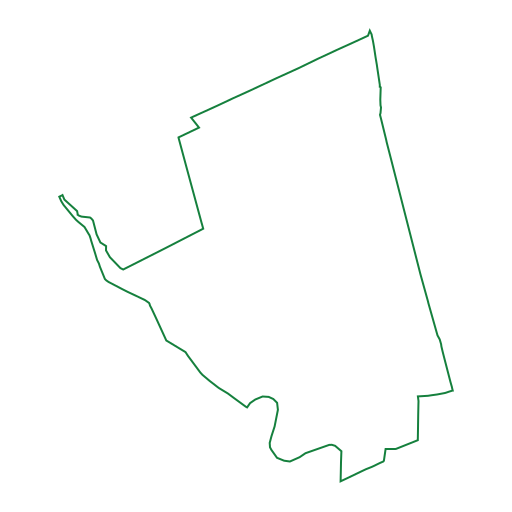 Robeasca, Buzau, Romania (Robinson projection)
{"feature_id": "2599482B80485604843100", "entity_name": "Robeasca", "entity_type": "district", "adm_level": 2, "iso_a3": "ROU", "parent_name": "Romania", "parent_adm1": "Buzau", "projection": "robinson", "projection_center": [27.128, 45.133], "detail": "fine", "context": "isolated", "style": "outline", "palette": "green", "viewbox_px": 512, "rotation_deg": 0, "n_neighbors": 0, "source": "geoboundaries", "source_scale": "gbopen_adm2", "svg_char_len": 2240}
<svg xmlns="http://www.w3.org/2000/svg" viewBox="0 0 512 512"><path d="M452.7,390.5L452.0,387.6L451.9,387.0L450.5,382.1L448.5,374.4L443.9,356.6L442.6,351.5L441.4,346.4L441.1,344.2L439.8,339.7L439.6,339.2L437.5,335.4L428.2,302.5L428.2,302.2L420.4,274.1L391.1,159.4L386.7,142.3L386.1,139.5L381.3,119.9L380.0,114.8L380.5,113.1L381.0,107.5L380.5,105.3L380.3,99.5L380.7,87.4L380.2,86.7L379.8,86.7L379.8,84.8L377.3,68.1L376.8,64.6L375.7,58.1L375.6,57.5L374.0,46.9L373.3,42.9L372.9,40.7L371.9,36.2L371.6,34.4L370.7,32.6L369.8,30.7L369.2,32.4L368.0,35.7L352.4,42.9L336.7,50.0L317.6,58.9L298.9,68.0L276.9,78.0L270.5,81.0L261.3,85.3L250.2,90.5L233.2,98.2L217.3,105.7L191.1,117.6L199.0,127.6L178.5,137.4L178.5,137.6L186.5,167.3L201.7,223.3L201.9,223.9L203.2,228.7L165.5,248.1L165.3,248.2L123.2,269.5L120.4,268.1L109.9,257.2L106.0,250.4L106.1,246.1L100.4,242.5L96.6,234.4L93.0,220.5L91.3,218.5L90.0,217.5L81.5,216.6L79.1,215.7L77.6,214.7L77.7,214.2L77.1,211.1L64.4,199.6L62.5,195.1L62.2,195.3L60.3,196.2L59.3,196.7L59.9,198.1L60.7,199.9L61.1,200.9L62.1,202.6L63.6,205.0L72.8,216.2L74.5,218.1L75.9,219.7L78.2,221.8L84.5,227.0L88.6,233.9L89.5,235.3L90.5,238.2L91.2,240.8L95.2,253.6L97.1,260.0L98.9,263.5L99.9,266.7L104.9,279.0L106.3,280.4L108.6,282.0L121.8,288.9L127.5,291.8L136.2,295.9L145.0,300.1L149.0,302.9L149.5,303.8L150.0,305.6L151.6,308.6L156.0,318.0L166.3,340.5L185.5,352.1L187.9,355.8L200.3,372.5L202.5,374.9L209.5,380.8L217.5,387.0L219.0,388.1L220.8,389.2L227.9,393.5L234.2,398.2L244.3,405.6L245.8,406.7L247.1,407.4L250.1,403.1L255.3,399.5L262.6,396.5L268.7,396.9L273.3,399.0L277.1,402.8L277.5,406.3L277.9,409.8L274.6,426.5L271.5,436.1L269.7,442.9L270.0,447.3L271.4,449.9L277.0,457.8L284.1,460.7L289.9,461.5L299.6,457.2L305.5,453.2L329.2,444.9L331.8,444.8L335.1,445.8L341.4,451.2L341.2,456.7L341.0,462.2L340.9,467.5L340.8,472.5L340.6,481.3L345.7,478.9L362.4,470.9L366.0,469.2L371.8,466.9L374.4,465.7L376.6,464.6L380.1,462.9L383.3,461.5L383.9,460.7L385.6,449.0L394.1,449.0L395.2,449.0L396.0,448.9L417.8,440.2L418.0,428.8L418.2,415.1L418.4,405.0L418.5,401.1L417.9,396.4L428.0,395.8L431.8,395.2L437.0,394.5L445.0,393.0L445.2,392.9L445.7,392.8L448.9,391.7L451.8,390.8L452.6,390.5L452.7,390.5Z" fill="none" stroke="#15803d" stroke-width="2"/></svg>